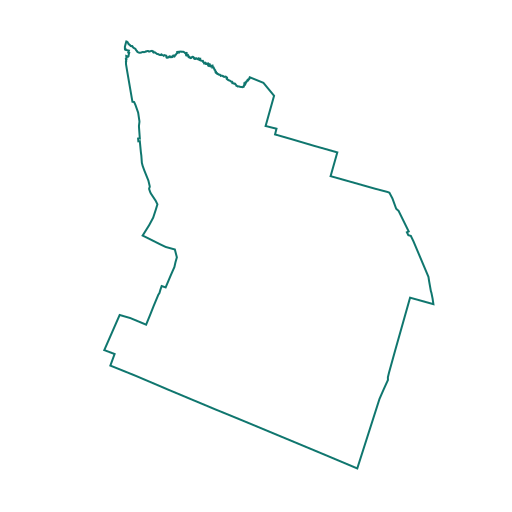 Ischilín, Córdoba, Argentina, rotated 196°
{"feature_id": "61730980B34793654756209", "entity_name": "Ischilín", "entity_type": "district", "adm_level": 2, "iso_a3": "ARG", "parent_name": "Argentina", "parent_adm1": "Córdoba", "projection": "albers", "projection_center": [-64.311, -30.414], "detail": "fine", "context": "isolated", "style": "outline", "palette": "teal", "viewbox_px": 512, "rotation_deg": 196, "n_neighbors": 0, "source": "geoboundaries", "source_scale": "gbopen_adm2", "svg_char_len": 5825}
<svg xmlns="http://www.w3.org/2000/svg" viewBox="0 0 512 512"><g transform="rotate(196 256 256)"><path d="M311.3,426.1L311.4,425.7L311.2,425.3L311.1,424.9L311.2,424.4L311.4,424.1L311.7,424.0L311.6,423.8L311.7,423.6L312.0,423.4L311.8,423.2L311.9,422.9L312.2,422.9L312.3,422.8L312.4,422.7L312.4,422.3L312.8,422.3L312.9,421.5L313.2,421.2L313.2,420.9L313.4,420.9L313.5,420.5L313.8,420.2L313.4,420.0L313.4,419.9L313.6,419.7L313.6,419.0L313.8,419.0L314.4,418.8L314.3,418.7L314.5,418.3L314.2,418.2L314.1,417.9L313.9,417.9L313.8,417.5L314.0,417.2L314.5,416.8L314.7,416.5L314.7,416.3L314.7,416.2L314.4,415.7L314.5,415.2L315.1,415.0L315.4,414.6L315.6,414.5L316.4,414.5L317.3,414.3L318.0,414.2L318.7,414.3L319.4,414.3L320.2,413.9L320.9,414.2L321.7,414.2L321.9,414.6L322.1,414.7L322.3,414.9L322.9,415.2L323.3,415.7L323.7,415.9L323.9,415.9L324.0,415.6L324.3,415.6L324.6,415.8L325.3,415.6L325.9,415.9L326.4,415.7L326.5,415.9L326.6,416.6L326.9,416.8L327.1,416.9L327.3,416.7L328.0,416.8L328.4,416.9L328.7,417.1L329.7,417.4L330.3,417.3L331.0,417.6L331.6,417.6L331.7,417.8L332.7,418.0L333.1,418.3L333.0,418.5L332.9,419.0L332.9,419.3L333.0,419.5L333.4,419.5L334.3,420.0L334.6,420.1L335.1,419.9L335.6,419.5L336.1,419.4L336.5,419.6L336.9,419.8L337.0,419.7L337.2,419.8L337.5,419.7L338.2,419.9L338.5,420.0L338.9,419.9L339.5,419.5L339.7,419.8L340.1,419.9L340.6,420.3L340.8,420.3L341.3,420.1L341.6,420.1L341.8,420.1L341.9,420.3L342.9,420.6L343.2,420.6L343.3,420.4L343.7,420.5L343.9,421.0L344.3,420.9L344.4,421.0L344.6,421.2L345.2,421.1L345.4,421.3L345.2,421.9L345.3,422.2L346.1,422.5L346.5,423.4L347.4,423.7L347.5,424.1L347.7,424.4L348.3,424.9L348.7,425.6L349.0,425.7L349.6,425.3L349.8,425.2L349.9,425.7L350.1,426.2L350.1,426.7L350.3,427.1L350.7,426.9L350.9,426.2L351.4,425.7L351.8,425.7L352.0,426.4L352.3,426.6L352.9,426.0L353.6,426.6L353.8,426.6L353.8,426.2L354.2,425.7L354.5,425.9L354.6,426.1L354.3,426.5L354.1,426.8L353.7,427.1L353.6,427.5L354.3,427.5L354.9,427.9L355.1,428.0L355.4,427.8L355.5,427.3L355.8,427.0L357.1,426.8L357.0,427.2L357.1,427.4L357.7,427.8L358.1,427.9L358.4,427.8L359.1,427.1L359.3,427.5L360.3,427.9L360.5,428.4L360.6,428.7L360.8,428.9L361.0,428.8L361.9,428.7L362.5,428.7L363.1,428.7L364.0,428.8L364.0,429.1L363.7,429.5L363.9,430.0L364.0,429.9L364.3,429.3L365.0,429.3L365.2,429.1L365.6,429.1L365.6,429.3L365.3,429.4L365.1,429.9L365.1,430.1L365.5,430.3L365.9,429.9L366.0,429.5L366.4,429.3L366.5,429.2L366.8,429.2L367.2,429.5L367.6,429.4L368.1,429.6L368.6,429.1L368.6,428.7L369.3,428.5L369.7,428.6L370.0,428.8L370.1,429.0L370.1,429.4L371.0,429.6L371.1,430.0L371.7,430.1L372.2,429.8L372.7,429.1L372.9,428.5L373.5,428.2L374.7,429.0L374.9,429.0L375.1,428.5L375.4,428.6L375.7,428.7L375.9,429.6L376.8,430.5L377.4,430.1L377.6,429.6L378.4,429.6L378.8,430.4L378.7,430.7L378.8,431.0L378.5,431.6L378.5,431.9L378.6,432.1L378.8,432.1L379.1,431.9L379.1,431.3L379.4,431.2L379.8,431.3L380.9,432.0L381.8,432.2L382.3,432.3L383.0,432.1L383.5,431.8L384.2,431.9L385.4,431.5L385.9,431.3L385.8,430.9L385.9,430.6L386.4,430.8L387.0,430.8L387.6,430.6L388.0,430.3L387.8,430.0L387.5,429.7L387.4,429.4L387.7,429.3L388.0,429.0L388.3,428.4L388.5,427.4L389.4,426.5L389.4,426.4L389.4,426.1L389.2,425.8L389.4,425.2L389.6,425.1L389.9,425.2L390.0,425.6L390.3,425.7L390.3,425.8L390.8,425.9L391.0,425.5L390.8,425.1L390.8,424.9L391.4,424.5L392.2,424.3L391.9,423.9L392.4,423.7L393.5,423.4L393.8,423.7L393.8,423.8L393.6,423.9L393.6,424.1L393.8,424.2L394.0,424.2L394.7,423.5L395.1,422.6L395.8,422.2L396.4,422.0L396.7,422.1L396.8,422.2L396.8,422.4L396.7,422.8L396.9,423.1L397.3,423.4L397.5,423.8L398.3,423.7L399.1,423.9L399.3,423.9L399.7,423.5L399.9,423.1L400.2,423.3L401.9,423.3L402.3,423.4L402.5,423.7L402.8,423.5L403.0,423.2L403.0,422.9L404.3,422.7L405.5,423.1L406.7,422.9L409.3,423.9L409.8,423.7L410.2,423.4L410.6,423.3L411.0,423.5L411.1,424.3L412.6,424.5L413.9,423.8L414.7,423.2L415.3,423.0L415.8,423.3L416.9,423.1L417.4,422.8L417.7,422.4L417.9,422.3L418.3,422.3L418.9,421.6L419.2,421.4L420.0,421.0L420.8,421.0L421.6,420.6L422.3,420.0L423.5,419.4L424.2,419.2L425.9,419.4L426.6,419.7L427.1,420.4L427.8,420.6L428.6,421.5L429.1,421.9L431.2,422.4L431.6,422.7L432.1,422.9L432.4,423.4L432.9,423.7L433.1,423.6L433.3,423.6L433.8,423.3L434.4,423.3L434.8,423.7L435.1,423.8L435.2,424.0L435.7,424.1L436.1,424.4L436.8,424.4L437.0,424.8L437.2,425.1L437.8,425.5L438.5,426.2L439.0,426.1L439.4,426.5L439.8,426.5L439.8,424.7L439.7,420.9L439.1,419.0L438.6,417.8L439.0,419.1L438.6,419.2L438.2,418.2L434.8,418.4L434.9,416.4L433.9,416.4L433.8,414.1L433.7,413.3L433.8,413.3L434.1,412.2L434.9,412.4L435.8,412.5L434.8,409.5L435.3,409.4L434.4,407.2L434.6,407.0L433.8,404.5L431.2,399.0L417.3,370.2L415.6,370.4L415.4,370.2L413.4,367.8L409.5,362.3L408.9,361.5L408.1,359.8L405.2,353.4L405.0,352.7L404.4,348.9L404.1,347.9L400.1,337.0L400.3,337.0L401.7,336.4L400.7,333.8L399.3,334.3L399.2,334.0L395.3,324.1L393.9,320.9L391.4,314.1L389.8,311.4L386.9,307.4L380.2,298.8L377.3,293.6L377.2,293.0L377.3,291.9L377.3,291.3L377.1,290.8L375.5,288.5L374.3,287.1L367.6,281.4L365.0,278.5L365.1,272.8L365.4,264.5L367.2,256.2L370.6,244.4L351.3,240.8L345.3,239.8L335.8,239.9L331.7,232.9L331.7,228.0L331.4,222.9L332.6,214.1L334.2,200.9L338.4,201.1L338.6,197.2L338.6,193.8L339.2,191.9L340.6,179.9L341.6,169.7L342.7,159.7L359.9,161.7L370.8,161.7L375.9,123.7L364.9,122.8L365.8,110.5L338.1,107.6L302.7,103.2L253.4,97.4L225.9,94.4L142.0,84.7L100.1,79.7L97.9,152.7L96.5,163.1L95.0,173.2L95.8,175.8L96.0,181.0L96.2,204.0L96.4,258.4L72.2,258.6L74.5,263.7L77.2,268.9L78.2,270.4L82.6,279.4L84.5,283.5L108.6,313.4L112.7,318.0L115.3,318.0L117.5,320.4L116.0,321.7L131.4,338.7L134.0,339.9L134.6,340.5L140.7,348.9L145.2,353.6L147.0,353.8L159.9,353.5L206.3,353.3L206.4,378.0L230.4,377.9L253.9,378.1L271.2,378.1L271.4,384.0L282.6,383.6L282.8,415.0L296.6,424.5L311.3,426.1Z" fill="none" stroke="#0f766e" stroke-width="2"/></g></svg>